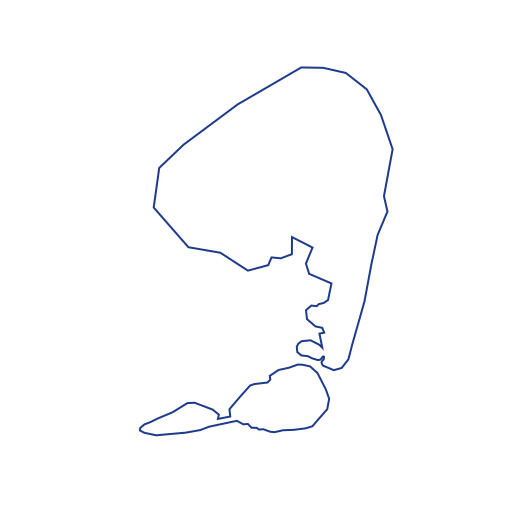 outline of Losap, Federated States of Micronesia, rotated 286°
{"feature_id": "79324940B35142338686244", "entity_name": "Losap", "entity_type": "district", "adm_level": 2, "iso_a3": "FSM", "parent_name": "Federated States of Micronesia", "parent_adm1": "", "projection": "natural_earth1", "projection_center": [152.733, 6.895], "detail": "fine", "context": "isolated", "style": "outline", "palette": "blue", "viewbox_px": 512, "rotation_deg": 286, "n_neighbors": 0, "source": "geoboundaries", "source_scale": "gbopen_adm2", "svg_char_len": 1482}
<svg xmlns="http://www.w3.org/2000/svg" viewBox="0 0 512 512"><g transform="rotate(286 256 256)"><path d="M171.8,348.3L170.4,349.2L169.1,350.5L167.7,362.3L172.0,369.2L182.1,373.3L196.6,372.9L242.2,372.8L279.8,369.2L309.8,367.1L335.0,370.1L348.8,362.5L396.3,357.9L425.9,337.3L446.7,316.6L456.7,291.9L455.4,268.7L449.7,247.5L396.7,196.6L343.2,155.8L314.0,138.7L274.4,144.3L245.8,188.6L249.3,220.9L239.7,252.2L250.6,270.3L258.9,271.3L260.6,280.4L267.6,290.0L284.1,285.4L279.7,308.0L262.4,306.1L253.5,312.0L250.4,336.1L233.5,337.4L229.5,334.0L227.1,329.7L224.5,328.1L223.6,322.9L217.7,319.0L209.4,322.4L204.7,332.5L205.2,339.5L201.1,342.7L198.9,338.4L186.1,345.0L188.1,341.4L190.0,331.7L186.6,323.2L183.2,320.8L180.1,320.2L175.0,322.2L172.9,327.0L174.0,333.4L173.1,338.2L173.1,340.6L173.0,344.0L174.1,346.5L177.9,348.1L177.9,349.1L175.6,349.6L172.8,348.5L171.8,348.3ZM163.1,326.0L157.7,318.5L152.7,309.2L144.6,302.3L141.2,303.8L137.6,302.0L132.4,289.6L129.8,286.0L116.8,279.7L101.4,272.7L94.6,275.5L88.9,264.3L93.3,264.0L96.4,256.7L98.0,237.4L95.6,230.5L82.9,219.0L73.0,206.7L67.0,200.0L63.4,195.2L58.9,192.2L56.3,192.5L55.3,197.3L56.1,209.4L60.8,221.5L66.8,237.1L73.3,250.4L79.0,258.0L92.3,283.0L90.7,290.2L92.3,294.5L89.7,299.0L91.0,304.1L90.0,306.8L91.5,310.8L91.0,318.3L91.8,322.5L96.0,330.1L99.1,339.7L104.0,351.2L107.9,357.2L112.2,359.1L128.3,366.7L138.9,365.7L146.9,360.0L160.4,347.4L164.8,338.4L164.3,330.6L163.1,326.0Z" fill="none" stroke="#1e3a8a" stroke-width="2"/></g></svg>